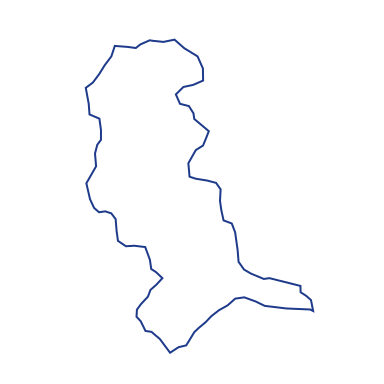 outline of Cheongdo-gun, North Gyeongsang, South Korea, rotated 82°
{"feature_id": "91817680B59018342058044", "entity_name": "Cheongdo-gun", "entity_type": "district", "adm_level": 2, "iso_a3": "KOR", "parent_name": "South Korea", "parent_adm1": "North Gyeongsang", "projection": "mercator", "projection_center": [128.808, 35.699], "detail": "fine", "context": "isolated", "style": "outline", "palette": "blue", "viewbox_px": 384, "rotation_deg": 82, "n_neighbors": 0, "source": "geoboundaries", "source_scale": "gbopen_adm2", "svg_char_len": 1372}
<svg xmlns="http://www.w3.org/2000/svg" viewBox="0 0 384 384"><g transform="rotate(82 192 192)"><path d="M326.7,88.6L315.6,89.2L310.7,93.4L306.4,98.4L300.1,97.7L288.1,127.3L288.1,133.0L281.0,145.0L276.0,151.3L267.6,155.6L255.6,154.9L246.4,154.9L237.9,154.9L228.7,157.0L224.5,164.7L213.9,165.5L204.7,165.5L193.4,163.3L186.3,166.9L182.8,175.3L179.3,186.6L176.5,192.3L163.0,191.6L151.0,182.4L147.5,174.6L140.4,170.4L134.1,166.9L120.0,179.6L114.3,179.6L106.5,183.1L103.0,191.6L93.1,194.4L86.8,185.9L86.1,176.0L83.2,165.5L71.2,164.0L58.5,167.6L48.6,179.6L38.7,188.1L39.4,199.4L37.3,207.8L37.1,208.8L35.9,212.8L38.7,222.7L41.6,227.6L39.4,235.4L36.6,248.1L46.5,253.0L54.3,260.8L62.0,267.2L69.8,274.9L74.1,282.7L90.3,282.0L100.9,282.7L106.5,273.5L117.8,273.5L127.7,274.9L132.0,279.2L140.4,282.7L153.2,283.4L168.7,295.4L184.9,294.0L194.1,291.2L199.1,286.9L199.1,280.6L201.9,274.9L208.2,271.4L220.3,272.1L230.1,272.1L236.5,265.0L237.2,256.6L240.0,246.0L253.4,243.1L262.6,243.1L266.2,238.9L273.2,233.3L278.9,240.3L283.1,246.7L289.5,250.2L295.8,258.0L300.8,262.9L307.8,264.3L312.8,260.8L323.1,257.4L324.9,251.5L328.5,248.4L333.1,244.3L348.1,236.1L343.8,226.9L343.1,219.1L331.1,209.2L327.6,204.3L322.7,196.5L317.7,190.2L312.8,181.7L309.2,172.5L303.6,164.0L303.6,154.9L309.2,144.3L314.9,135.8L320.5,114.6L324.8,91.3L326.7,88.6Z" fill="none" stroke="#1e3a8a" stroke-width="2"/></g></svg>